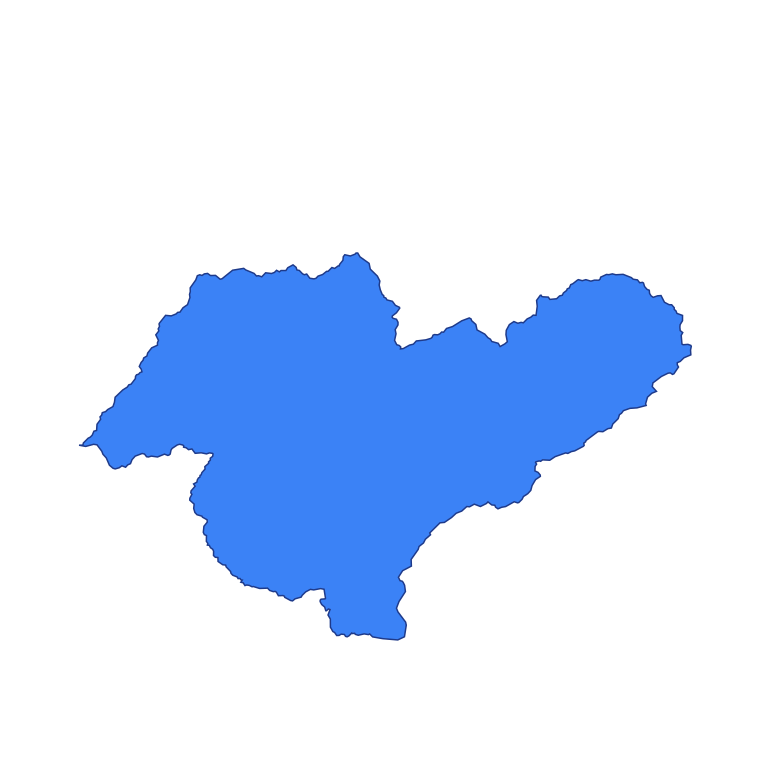 outline of San Ignacio, Cajamarca, Peru, rotated 49°
{"feature_id": "86281439B246740541536", "entity_name": "San Ignacio", "entity_type": "district", "adm_level": 2, "iso_a3": "PER", "parent_name": "Peru", "parent_adm1": "Cajamarca", "projection": "natural_earth1", "projection_center": [-78.994, -5.074], "detail": "fine", "context": "isolated", "style": "filled", "palette": "blue", "viewbox_px": 768, "rotation_deg": 49, "n_neighbors": 0, "source": "geoboundaries", "source_scale": "gbopen_adm2", "svg_char_len": 6170}
<svg xmlns="http://www.w3.org/2000/svg" viewBox="0 0 768 768"><g transform="rotate(49 384 384)"><path d="M528.1,113.7L522.9,116.6L520.4,115.7L518.1,116.0L516.8,114.9L512.9,114.9L511.2,116.8L506.3,118.7L499.0,116.9L496.9,119.7L495.2,124.0L492.6,124.6L489.8,124.1L487.3,122.3L485.1,123.4L481.4,123.4L478.0,121.9L476.9,122.2L475.3,124.6L471.7,124.4L468.4,127.2L466.0,127.5L458.1,131.6L453.7,137.3L450.7,139.4L449.0,142.6L447.3,144.2L445.5,150.4L446.6,152.0L446.6,153.8L443.7,157.0L442.1,160.4L437.7,163.2L436.1,166.6L432.8,168.8L432.5,169.8L432.2,175.7L431.5,177.9L433.1,181.1L432.4,183.3L433.2,184.8L433.0,188.9L434.0,191.2L432.7,193.7L432.9,197.8L429.0,203.3L426.2,203.0L422.7,206.6L421.5,207.5L420.0,207.2L419.6,207.9L421.0,214.0L425.9,217.4L431.9,224.2L429.9,226.2L429.9,229.3L428.8,233.2L429.2,238.7L427.4,240.1L426.0,243.1L422.1,245.0L421.4,250.4L423.7,256.5L426.8,259.6L433.0,263.2L433.0,266.5L431.9,271.8L428.2,271.1L422.6,274.8L420.0,274.3L417.2,275.2L412.5,275.2L404.2,278.3L399.3,275.6L393.7,276.3L392.0,275.6L390.1,276.3L387.3,283.9L385.6,294.6L383.1,300.4L384.0,305.0L382.6,306.4L382.8,308.9L382.1,311.2L379.8,313.5L379.3,314.9L380.4,317.3L380.2,318.9L378.1,323.5L372.7,331.4L373.2,335.7L371.4,339.2L369.9,346.2L368.3,348.6L367.1,347.1L365.0,347.2L362.7,348.6L358.0,347.4L354.0,342.0L350.3,339.9L348.6,334.7L346.6,332.9L343.3,332.1L340.5,334.0L339.0,334.1L338.1,333.0L338.4,327.9L337.1,322.4L336.3,322.0L332.1,323.8L327.1,323.4L322.5,326.6L320.4,326.2L318.4,327.1L317.0,326.2L315.3,326.6L310.5,325.0L306.1,322.7L303.6,319.6L298.2,318.2L288.3,319.0L283.2,316.1L272.3,318.7L267.9,317.9L266.8,319.2L267.0,320.7L265.3,325.4L260.7,328.8L261.2,331.2L263.7,333.9L264.6,339.1L265.5,340.2L264.8,341.1L264.4,345.4L261.9,346.9L262.3,352.2L261.3,353.5L261.1,358.5L259.3,363.0L259.6,366.0L258.7,367.9L255.5,370.6L250.3,370.2L249.2,372.5L247.3,373.2L242.8,373.4L240.8,374.9L238.3,373.8L234.4,374.5L233.1,380.3L234.0,383.6L230.8,387.3L230.7,389.4L227.7,390.5L227.9,393.5L226.8,396.4L222.4,400.4L222.9,405.9L219.9,407.7L218.8,409.4L215.3,409.5L207.2,413.5L204.7,414.0L198.8,423.6L198.3,437.2L197.4,438.9L191.5,439.9L188.3,443.8L184.8,444.6L183.0,447.4L182.7,450.1L180.7,451.4L179.8,453.8L182.0,457.8L184.3,467.2L187.3,469.7L188.8,472.0L191.4,473.7L195.2,480.2L194.6,485.7L195.9,490.9L194.6,492.7L194.7,495.0L193.0,499.9L188.9,503.8L190.7,513.4L191.1,514.4L193.2,515.6L194.3,518.3L196.2,519.1L197.2,524.0L203.1,525.6L204.2,527.9L206.1,529.5L204.3,535.6L205.6,542.1L207.3,544.5L206.7,548.3L208.0,550.3L208.4,553.2L210.2,557.2L213.5,557.5L216.0,558.7L215.3,560.7L215.6,562.8L214.7,564.7L215.2,566.5L216.8,568.1L218.2,575.0L217.2,577.2L217.9,579.7L217.1,585.0L217.6,595.6L221.0,599.5L223.2,603.4L222.0,609.3L222.2,612.2L220.8,615.4L222.3,617.6L222.5,619.9L224.7,621.0L226.1,627.0L230.5,631.4L229.3,633.9L231.2,637.8L231.4,640.5L230.8,642.9L231.3,649.6L232.6,651.4L230.1,654.3L235.4,650.1L239.0,642.7L241.6,640.5L249.6,641.1L252.6,642.2L257.6,642.1L265.1,644.5L269.8,643.8L271.7,642.6L273.5,638.8L273.8,635.5L277.3,633.6L276.9,630.5L277.8,627.6L275.8,623.8L275.2,619.1L277.8,612.1L279.8,610.7L283.1,610.9L284.5,609.7L285.8,606.9L290.5,602.8L292.9,595.7L296.1,594.0L296.6,592.7L296.6,591.3L294.2,588.2L293.6,586.2L294.4,579.9L295.4,577.8L298.0,575.9L299.2,575.7L300.2,576.7L302.4,575.1L305.3,574.6L307.0,571.6L312.4,572.0L316.0,567.1L320.3,563.8L321.5,560.9L323.9,558.9L324.6,558.9L326.2,560.8L326.0,563.8L327.5,565.0L327.7,567.6L328.8,568.3L328.8,573.4L330.8,574.9L331.4,579.6L332.6,581.6L332.3,582.8L333.5,584.1L333.2,585.7L333.9,587.8L335.3,589.6L334.5,593.3L337.2,593.6L338.1,599.7L339.4,601.2L341.2,601.3L342.8,605.4L344.2,606.8L350.1,606.1L353.1,609.3L356.9,611.0L360.0,610.9L364.3,608.1L365.4,608.4L370.4,606.6L372.3,608.0L373.2,613.2L377.4,617.7L379.8,618.4L381.9,617.4L386.2,621.3L388.7,621.5L389.7,623.0L391.2,621.7L393.7,622.4L396.3,621.7L398.4,622.3L401.6,625.2L404.1,625.0L406.0,623.2L409.1,625.7L414.6,624.3L416.8,622.3L418.4,623.1L424.8,622.8L426.6,623.7L429.1,623.6L433.3,621.4L435.1,621.8L436.5,620.2L437.8,620.5L439.0,619.6L439.7,622.1L441.7,620.7L444.9,621.2L445.6,619.5L447.6,617.8L450.5,616.6L451.1,615.5L456.7,612.0L461.7,605.8L464.8,605.7L468.1,603.8L469.1,602.2L470.5,601.8L474.5,602.6L477.4,599.0L478.9,598.4L479.9,598.9L486.2,596.5L487.7,595.3L487.8,592.0L490.5,586.3L489.8,584.4L489.5,579.5L490.7,574.3L493.3,572.1L496.8,566.1L499.6,563.9L507.3,568.7L507.5,569.4L505.1,572.7L505.3,574.0L506.4,575.0L509.6,575.7L513.4,575.1L516.9,576.7L517.4,576.1L517.3,573.6L518.8,572.7L521.6,577.8L526.2,578.7L532.4,584.0L537.2,585.0L539.2,584.3L542.8,584.7L544.3,582.8L544.7,580.4L547.1,578.2L549.2,578.6L550.6,577.7L551.1,575.7L550.8,571.7L551.5,571.7L552.9,569.7L554.1,569.9L556.7,568.3L559.6,562.9L562.9,560.2L563.2,558.8L567.4,558.5L575.5,551.9L586.2,541.5L588.2,534.4L580.6,525.4L577.9,523.9L565.2,523.0L561.4,521.7L558.0,515.4L554.7,504.0L549.4,500.5L546.4,499.7L544.9,499.6L542.9,500.9L539.3,499.9L537.1,492.4L539.4,482.8L534.2,478.6L531.3,466.8L529.6,464.1L529.9,458.5L528.3,454.6L528.3,447.8L526.4,447.2L525.5,432.8L528.1,429.2L529.1,420.6L528.9,414.3L530.9,408.7L530.8,401.9L532.8,400.0L533.9,394.7L539.7,391.6L541.4,385.1L541.2,382.9L546.0,382.0L548.2,379.9L550.1,380.6L553.0,379.9L554.2,376.1L556.3,372.6L558.3,363.0L561.3,361.2L561.9,360.0L561.6,355.4L560.4,352.6L561.1,347.5L560.6,343.0L557.8,338.9L555.6,332.3L556.3,326.6L555.2,325.8L551.8,325.7L548.6,327.1L545.3,324.0L544.6,321.4L542.6,321.1L542.4,320.4L543.8,317.4L545.1,316.5L545.3,314.1L550.3,308.9L551.1,302.5L555.2,292.1L557.0,290.8L557.9,287.0L559.6,283.9L561.8,274.5L561.7,273.3L559.7,272.0L559.9,269.8L559.2,268.5L560.2,254.3L560.6,253.1L563.6,250.1L564.6,244.3L566.4,241.3L564.3,237.6L563.8,230.0L561.6,226.4L561.9,224.0L561.2,220.8L563.7,214.4L568.0,208.7L572.2,200.2L570.6,199.6L566.8,193.8L566.7,187.9L568.3,183.2L562.0,183.3L559.6,180.3L560.3,169.7L562.2,162.5L563.5,160.6L566.0,160.0L566.5,158.5L564.4,150.6L562.0,150.1L560.3,148.7L561.3,145.6L561.0,140.4L563.3,133.3L559.5,130.4L557.2,127.4L556.2,127.1L553.5,128.6L550.6,132.5L549.3,132.9L542.3,127.8L541.2,124.8L538.0,125.4L535.2,123.4L533.5,121.6L532.1,117.2L528.1,113.7Z" fill="#3b82f6" stroke="#1e3a8a" stroke-width="1.5"/></g></svg>